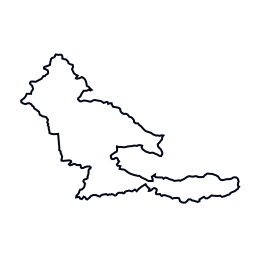 outline of Pirajuí, São Paulo, Brazil, rotated 82°
{"feature_id": "56859067B50435811412978", "entity_name": "Pirajuí", "entity_type": "district", "adm_level": 2, "iso_a3": "BRA", "parent_name": "Brazil", "parent_adm1": "São Paulo", "projection": "equal_earth", "projection_center": [-49.386, -21.905], "detail": "fine", "context": "isolated", "style": "outline", "palette": "ink", "viewbox_px": 256, "rotation_deg": 82, "n_neighbors": 0, "source": "geoboundaries", "source_scale": "gbopen_adm2", "svg_char_len": 5924}
<svg xmlns="http://www.w3.org/2000/svg" viewBox="0 0 256 256"><g transform="rotate(82 128 128)"><path d="M64.8,204.5L66.2,205.8L67.3,207.0L67.8,208.7L68.3,210.0L68.8,211.1L69.4,212.9L68.6,216.4L68.6,218.0L69.9,218.9L71.0,218.5L72.0,217.8L73.0,216.9L74.4,216.9L75.3,216.6L76.3,216.7L77.4,217.4L78.3,218.5L80.7,219.3L80.3,221.6L80.0,223.6L82.0,224.6L83.1,225.7L84.1,226.8L85.0,228.5L86.1,230.1L87.6,230.0L88.7,228.9L89.5,227.6L90.1,226.0L89.6,224.3L89.7,222.3L90.4,221.4L91.0,220.4L92.5,219.9L93.7,218.5L95.3,218.3L96.5,217.2L97.2,216.2L98.2,215.3L99.5,213.9L101.3,213.7L102.6,213.5L103.5,212.1L104.5,211.2L105.1,209.2L106.2,207.2L107.7,206.8L108.6,206.1L109.8,206.5L111.3,207.2L112.9,206.4L114.1,207.1L115.0,206.7L115.9,206.3L117.2,206.6L118.9,206.4L120.6,206.3L121.9,206.5L122.6,205.7L123.1,204.5L123.6,203.2L123.9,201.4L124.1,198.0L138.6,198.8L140.0,199.2L141.8,198.0L143.5,198.2L144.8,197.7L147.3,197.2L148.2,197.5L150.0,198.3L151.0,198.4L151.5,197.1L151.6,195.4L151.8,192.0L151.8,190.8L152.6,189.1L153.7,188.9L155.7,191.6L156.8,190.8L156.8,188.9L156.0,186.8L156.4,185.2L157.6,184.0L157.8,182.4L157.8,180.6L158.7,180.0L160.3,180.2L161.2,179.6L161.3,177.9L160.7,175.8L160.4,174.2L160.7,171.5L161.8,170.4L162.8,170.9L163.4,172.2L164.3,172.9L165.2,173.1L167.3,173.4L168.3,173.7L169.2,174.2L170.7,174.9L171.8,174.9L172.7,176.2L172.9,178.0L173.4,179.1L174.5,179.6L175.6,179.3L177.2,178.2L178.5,178.9L179.9,179.3L180.8,180.0L182.4,181.9L182.5,184.1L184.0,185.1L185.1,185.5L186.5,186.6L187.9,188.5L189.5,189.0L189.4,187.1L189.7,185.7L191.2,185.3L192.0,183.7L190.8,182.3L189.8,181.4L190.6,180.1L192.3,179.5L193.1,178.4L192.3,177.0L191.4,175.4L190.4,174.6L190.0,173.2L189.5,171.9L189.8,170.4L189.9,169.0L191.1,167.3L192.0,165.3L190.8,163.8L190.5,162.2L190.4,160.0L190.5,158.6L191.6,157.5L191.2,155.9L191.5,154.6L191.2,153.1L191.9,151.8L193.1,150.4L192.9,149.0L192.0,148.4L191.2,147.3L190.8,146.0L191.2,144.4L191.2,142.5L192.0,142.0L192.0,140.6L191.1,140.2L190.4,138.8L190.3,136.9L190.1,135.3L190.8,134.3L191.3,132.9L190.5,131.0L189.9,129.7L190.9,128.9L191.8,128.2L190.1,126.3L188.0,122.8L186.1,118.4L188.1,117.6L189.1,116.9L190.1,116.2L190.9,115.2L193.2,116.1L193.2,114.4L191.5,111.7L191.2,110.0L192.1,108.7L193.0,108.1L194.4,108.5L196.0,109.4L197.1,109.4L197.7,108.5L197.8,105.5L199.2,104.9L200.1,103.8L199.4,102.7L199.6,101.0L200.4,99.3L201.1,98.1L201.6,96.6L202.7,95.1L204.1,93.9L203.8,92.1L204.0,90.0L204.1,88.7L204.8,87.2L206.1,86.9L207.7,86.7L209.0,85.1L209.7,83.3L209.8,81.5L209.1,80.4L208.2,79.2L207.2,78.2L207.4,75.9L208.6,74.8L209.2,72.9L210.0,71.2L210.9,69.4L210.4,67.4L208.7,67.2L208.2,66.2L207.9,65.0L207.3,64.0L206.7,62.3L208.4,60.9L208.7,59.3L208.0,57.5L207.4,56.3L206.4,54.9L207.1,52.2L207.4,50.8L207.8,48.8L207.9,47.5L207.8,46.2L209.3,44.5L209.0,41.7L208.6,40.2L208.1,38.5L208.0,36.7L206.8,35.8L206.2,34.3L205.8,33.1L205.5,31.3L203.4,27.5L202.4,27.1L201.7,26.1L200.3,27.2L199.1,27.0L198.0,26.7L196.5,25.9L195.5,26.0L194.2,26.2L193.1,26.6L192.1,27.6L191.6,29.3L191.7,30.7L192.5,32.4L192.8,34.2L192.6,35.9L192.4,37.5L192.7,39.7L192.8,41.6L192.3,43.3L190.9,44.4L188.5,45.6L187.7,46.7L186.9,47.7L186.3,49.1L185.5,50.3L185.0,52.0L184.2,55.9L185.6,58.7L186.9,60.0L186.8,62.3L186.6,63.9L186.2,65.7L185.4,66.4L185.1,67.8L185.2,70.7L184.8,72.4L184.2,74.0L184.6,76.2L185.7,78.2L186.6,80.4L187.0,82.0L187.6,83.6L186.9,84.8L186.9,87.0L186.9,88.2L186.8,89.6L186.0,90.6L184.2,94.6L183.0,96.0L182.3,98.0L183.2,99.9L181.8,100.9L181.2,104.6L180.7,107.1L179.6,108.3L178.0,107.8L179.5,111.1L180.9,111.0L182.5,110.7L183.9,111.0L183.7,112.6L183.4,114.6L182.7,116.1L181.4,117.5L180.4,119.1L179.4,120.8L178.1,122.2L177.0,123.4L176.8,124.8L176.1,126.6L175.2,129.0L174.4,130.3L173.8,131.7L173.1,132.7L171.5,134.7L170.3,135.8L169.5,136.5L168.5,138.1L168.2,139.4L167.3,142.0L165.8,141.5L164.8,140.8L164.2,142.2L163.9,143.6L162.6,144.1L159.8,141.4L158.6,142.3L157.3,142.4L156.1,143.2L155.9,144.6L156.7,146.1L156.6,148.1L155.6,148.9L154.2,148.7L153.2,149.0L152.2,147.9L151.1,145.6L150.3,144.1L149.8,142.5L148.8,142.0L147.2,141.7L145.8,141.7L144.7,141.5L145.6,139.6L145.7,137.8L146.5,135.0L146.5,132.6L146.3,131.1L146.3,128.6L146.5,126.9L146.3,125.3L146.4,123.5L147.0,121.7L146.5,120.4L146.6,118.6L147.5,116.4L149.0,117.2L150.7,116.7L151.8,115.8L153.0,114.5L153.8,113.7L154.8,111.6L155.7,110.1L155.9,106.7L157.3,104.6L158.2,103.0L159.0,101.9L160.0,100.8L160.4,99.0L159.2,98.3L158.4,97.6L156.9,97.5L155.7,97.8L154.5,98.3L153.3,98.7L152.0,99.9L150.4,100.8L148.2,100.8L146.6,98.6L145.3,97.4L143.9,95.9L141.9,95.4L140.4,94.0L139.9,95.8L140.2,97.6L139.5,99.5L139.4,101.4L138.6,102.6L137.8,104.1L136.1,105.8L133.7,110.6L132.1,112.2L130.1,113.5L128.4,114.6L126.5,116.5L124.9,117.3L124.4,119.7L123.0,121.2L121.4,121.0L120.5,121.3L118.5,122.6L117.7,123.5L117.0,125.2L114.9,126.3L113.7,127.8L113.5,129.8L112.9,131.2L111.9,132.1L111.0,132.8L109.6,133.2L108.3,133.0L107.2,133.8L106.5,135.0L105.7,137.1L104.9,139.8L102.5,140.7L101.2,140.8L101.0,142.8L101.4,144.3L99.5,144.6L99.1,145.9L99.6,147.3L99.8,148.6L98.8,149.5L98.1,150.3L97.4,151.3L96.9,153.4L95.8,156.4L95.6,157.7L96.1,159.5L96.8,161.2L96.0,163.6L95.3,165.2L94.6,168.2L95.1,170.4L94.9,171.8L93.6,172.9L92.5,173.5L91.3,172.9L90.5,171.3L89.7,170.5L87.7,169.2L85.0,166.8L85.2,165.4L85.3,163.6L84.6,161.4L85.6,160.1L85.2,158.7L84.3,159.5L82.9,160.5L81.7,161.2L80.6,162.9L77.1,163.0L74.9,163.5L73.9,163.9L72.6,164.8L71.1,166.6L71.6,168.0L72.0,169.7L72.1,171.5L71.6,172.7L70.4,171.8L69.1,170.5L68.0,172.2L66.9,173.4L65.9,174.1L64.0,174.6L62.0,175.3L59.8,173.8L57.8,174.0L56.7,176.5L55.4,178.0L54.0,178.1L52.7,178.9L51.5,179.8L50.9,181.7L50.0,183.4L48.7,183.1L47.5,183.1L46.3,183.7L45.9,185.3L45.9,187.0L45.1,189.2L46.2,190.2L47.2,190.5L47.8,191.6L48.1,193.5L48.9,194.5L50.7,195.2L52.0,195.8L53.4,196.2L54.6,196.4L55.0,197.7L55.5,199.7L55.8,201.8L56.3,202.8L57.5,202.9L58.5,201.1L59.7,199.5L61.7,199.3L63.0,199.8L64.1,202.1L65.1,203.1L64.8,204.5Z" fill="none" stroke="#020617" stroke-width="2"/></g></svg>